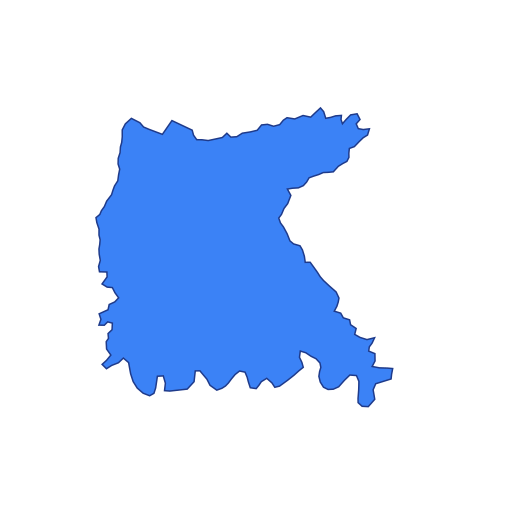 Frederico Westphalen, Rio Grande do Sul, Brazil (Natural Earth projection), rotated 113°
{"feature_id": "56859067B29549257615532", "entity_name": "Frederico Westphalen", "entity_type": "district", "adm_level": 2, "iso_a3": "BRA", "parent_name": "Brazil", "parent_adm1": "Rio Grande do Sul", "projection": "natural_earth1", "projection_center": [-53.359, -27.324], "detail": "fine", "context": "isolated", "style": "filled", "palette": "blue", "viewbox_px": 512, "rotation_deg": 113, "n_neighbors": 0, "source": "geoboundaries", "source_scale": "gbopen_adm2", "svg_char_len": 3051}
<svg xmlns="http://www.w3.org/2000/svg" viewBox="0 0 512 512"><g transform="rotate(113 256 256)"><path d="M414.0,282.6L405.4,267.3L395.9,263.9L389.9,265.7L385.5,267.0L383.6,262.8L386.0,258.1L388.6,253.0L393.0,247.8L394.8,239.7L391.1,235.7L387.6,233.3L383.7,231.8L378.8,230.6L373.2,228.9L368.3,226.2L367.2,220.7L371.0,216.8L374.9,213.8L379.5,209.8L378.0,204.0L373.8,202.8L369.6,202.0L364.4,198.3L366.6,191.7L369.5,187.4L366.6,183.5L358.1,178.4L350.8,174.4L345.0,171.7L340.0,169.0L336.0,172.2L332.3,176.4L326.2,178.1L325.6,172.4L326.8,166.1L327.1,160.6L329.5,155.3L333.2,152.8L337.6,152.3L342.2,151.1L346.9,147.6L350.4,142.6L350.7,137.5L348.4,132.8L344.1,128.8L335.8,126.0L328.9,123.1L326.8,116.8L331.2,112.3L335.4,110.6L339.3,109.1L347.3,106.4L351.1,104.7L352.9,99.6L350.8,93.8L341.5,90.7L333.4,95.9L326.8,95.9L316.4,83.6L311.8,85.0L306.2,86.2L307.9,91.4L310.7,98.6L312.3,105.9L306.1,105.4L299.4,108.4L299.5,115.1L295.4,116.2L290.8,115.1L284.9,114.9L289.6,121.2L290.3,128.4L289.6,134.5L283.6,135.5L282.3,142.1L278.2,144.9L278.8,151.5L275.5,155.7L276.2,162.4L270.8,161.9L266.4,162.3L262.3,163.2L257.8,168.2L254.9,176.9L252.2,184.3L250.0,188.8L247.1,193.0L243.9,198.2L240.6,203.7L242.6,208.2L237.3,211.4L232.3,215.6L229.4,219.5L230.2,226.2L228.8,230.7L223.4,236.0L218.6,242.0L216.0,246.4L212.2,249.9L207.8,248.8L201.3,248.8L195.4,247.3L186.6,247.6L182.1,253.3L179.3,248.8L176.7,243.6L172.7,239.9L168.1,238.3L163.3,237.7L160.1,234.3L156.5,230.1L152.9,226.7L150.9,222.5L148.3,217.7L141.3,215.3L136.9,212.2L133.4,209.3L128.9,209.0L125.1,210.7L120.5,212.1L116.9,208.2L110.3,205.7L105.2,203.5L101.1,200.6L94.6,201.3L97.7,206.7L98.8,211.6L95.2,215.4L89.7,213.6L85.6,218.5L89.1,224.0L95.2,226.4L100.5,228.1L97.1,231.1L93.2,232.3L95.9,237.5L99.2,241.4L102.0,245.6L96.7,250.1L94.5,254.5L101.6,257.7L106.8,259.9L108.3,267.6L114.7,273.9L116.6,281.5L120.3,283.9L125.8,285.5L129.7,290.5L130.3,296.9L133.2,302.1L139.8,304.0L144.0,309.7L148.3,316.6L153.7,320.3L156.4,325.6L154.4,330.8L160.1,333.3L164.9,340.1L168.4,345.1L170.1,351.1L172.1,356.0L169.2,360.7L165.1,363.9L164.2,386.3L180.6,389.7L180.9,396.8L181.2,404.1L181.2,409.9L178.7,414.9L178.0,424.5L185.4,427.9L192.2,428.4L198.5,425.7L203.9,424.0L208.6,423.4L214.0,421.5L219.9,421.0L225.2,418.9L229.3,415.4L235.0,414.2L240.8,412.6L246.8,413.6L251.1,413.4L256.1,412.9L263.8,414.9L269.8,414.9L274.7,416.0L278.8,416.0L283.2,418.3L287.4,415.6L292.6,411.0L298.1,408.7L302.0,405.8L306.3,404.4L310.9,403.3L315.7,401.0L320.9,397.6L327.2,396.8L331.7,393.9L329.0,387.0L333.4,384.9L341.9,386.8L342.8,380.9L341.2,375.9L344.9,371.5L348.2,366.1L353.5,368.1L358.0,372.2L363.3,371.2L370.5,377.8L374.9,374.0L381.0,373.6L379.0,368.6L374.6,366.8L373.9,362.0L380.1,359.7L385.2,361.9L389.5,359.6L393.4,360.4L400.0,357.2L403.9,350.9L410.4,352.8L415.9,355.3L418.2,349.6L413.1,346.1L408.0,340.9L401.8,338.2L403.9,331.6L407.9,329.0L413.5,325.3L419.6,320.0L424.0,313.7L426.4,306.3L426.2,299.3L422.3,296.3L416.7,296.8L405.2,299.8L402.6,294.5L408.5,289.7L415.7,287.6L414.0,282.6Z" fill="#3b82f6" stroke="#1e3a8a" stroke-width="1.5"/></g></svg>